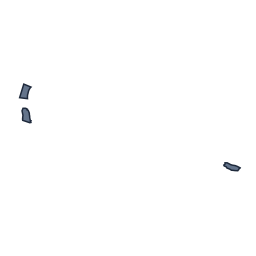 'Uiha, Tonga (Mercator projection), rotated 168°
{"feature_id": "48082658B47865873518539", "entity_name": "'Uiha", "entity_type": "district", "adm_level": 2, "iso_a3": "TON", "parent_name": "Tonga", "parent_adm1": "", "projection": "mercator", "projection_center": [-174.456, -19.868], "detail": "fine", "context": "isolated", "style": "filled", "palette": "slate", "viewbox_px": 256, "rotation_deg": 168, "n_neighbors": 0, "source": "geoboundaries", "source_scale": "gbopen_adm2", "svg_char_len": 1059}
<svg xmlns="http://www.w3.org/2000/svg" viewBox="0 0 256 256"><g transform="rotate(168 128 128)"><path d="M220.1,178.4L219.8,179.7L219.4,181.2L218.7,182.5L218.3,183.4L217.5,185.0L216.8,186.0L215.8,187.1L215.2,187.7L214.4,188.2L220.8,192.6L227.7,180.2L221.7,178.1L220.2,177.6L220.1,178.4ZM228.1,162.3L229.1,159.3L229.0,159.2L229.4,158.0L229.4,157.4L223.0,153.6L221.9,153.6L222.2,154.5L222.0,155.2L221.5,155.0L221.4,155.2L222.0,155.3L222.0,156.7L222.0,157.3L222.0,157.6L222.0,157.9L222.0,158.2L222.0,158.5L221.9,158.9L221.9,159.4L221.7,159.9L221.7,160.2L221.7,160.7L221.7,161.7L221.5,162.7L221.5,163.6L221.7,164.5L221.8,165.2L222.0,165.8L222.4,166.3L222.4,166.9L223.0,166.9L223.0,167.9L224.4,168.7L226.6,169.1L228.1,166.8L228.1,163.9L228.1,162.3ZM33.5,69.9L35.0,70.7L38.2,73.3L40.3,73.8L40.6,72.5L42.0,71.8L41.8,70.9L40.0,69.6L39.5,68.2L38.8,67.8L36.9,66.5L36.1,65.7L35.6,65.2L33.9,64.7L32.2,64.1L29.5,63.4L29.0,63.9L28.4,64.2L28.1,64.7L27.3,65.5L26.9,65.4L26.6,65.7L29.2,67.8L31.1,69.0L33.5,69.9Z" fill="#64748b" stroke="#1e293b" stroke-width="1.5"/></g></svg>